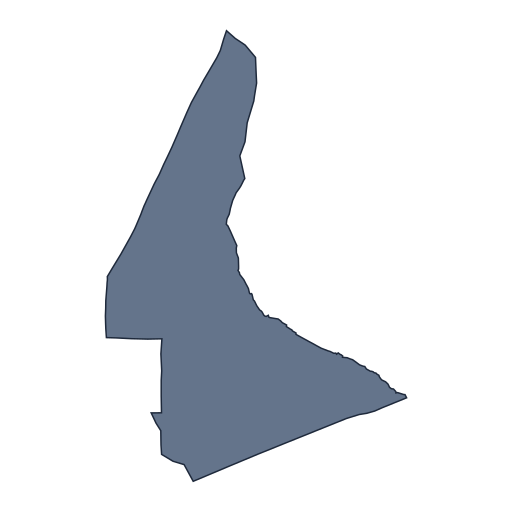 the district of Adenta Municipal, Greater Accra, Ghana
{"feature_id": "2480657B26321648161032", "entity_name": "Adenta Municipal", "entity_type": "district", "adm_level": 2, "iso_a3": "GHA", "parent_name": "Ghana", "parent_adm1": "Greater Accra", "projection": "albers", "projection_center": [-0.12, 5.715], "detail": "fine", "context": "isolated", "style": "filled", "palette": "slate", "viewbox_px": 512, "rotation_deg": 0, "n_neighbors": 0, "source": "geoboundaries", "source_scale": "gbopen_adm2", "svg_char_len": 2552}
<svg xmlns="http://www.w3.org/2000/svg" viewBox="0 0 512 512"><path d="M314.3,344.4L312.1,343.2L308.9,341.5L306.6,340.2L304.9,339.3L301.6,337.5L296.0,334.4L296.0,333.0L292.4,330.9L291.8,329.8L290.5,329.2L286.4,326.6L286.6,325.0L282.2,322.6L281.0,321.2L278.2,319.0L275.1,318.5L269.8,317.6L268.9,317.2L268.3,315.3L266.2,316.4L264.9,316.1L263.9,315.3L262.9,313.5L262.1,312.0L261.0,310.8L259.7,310.0L256.8,305.8L254.5,301.1L253.3,299.8L252.0,294.3L251.5,293.6L250.5,293.9L249.7,293.5L249.2,292.0L248.4,288.5L246.8,285.4L246.3,284.6L243.8,279.7L239.7,274.4L239.4,272.6L238.0,270.5L238.6,269.0L238.6,266.0L238.5,262.4L238.4,258.7L238.3,257.8L236.4,252.8L236.3,248.0L236.8,245.6L234.8,241.2L233.0,237.1L230.5,231.4L227.9,225.9L226.3,224.3L226.8,219.7L227.3,218.2L229.2,214.3L230.0,210.6L230.4,208.4L232.7,200.4L233.7,198.2L235.1,195.2L236.1,192.8L237.7,190.6L239.3,188.4L240.7,186.2L242.1,183.5L243.7,180.2L244.8,178.6L239.8,155.9L245.0,141.8L247.2,122.8L253.8,101.0L254.5,95.9L256.0,86.7L256.6,83.1L256.1,72.4L255.5,57.4L245.2,45.1L235.2,38.4L229.1,33.0L226.5,30.7L223.7,39.0L220.3,50.5L216.8,57.7L208.5,71.9L203.7,80.0L200.2,86.6L197.4,91.6L191.4,102.5L186.9,112.4L180.5,127.2L177.3,134.8L171.9,147.2L169.0,153.4L167.2,157.2L163.8,164.2L159.6,173.7L158.7,175.5L155.5,181.5L154.1,184.2L146.6,200.3L145.6,202.6L144.1,205.8L142.2,210.7L140.8,214.5L136.1,225.6L134.7,228.8L130.5,236.9L120.9,254.1L112.8,267.4L107.3,276.6L107.4,278.0L107.4,279.9L107.1,282.8L107.0,284.7L106.9,286.6L105.8,300.7L105.7,308.2L105.4,316.0L105.6,323.2L105.8,328.5L106.0,331.7L106.4,337.6L116.2,337.9L131.7,338.7L135.7,338.8L136.2,338.8L147.7,339.1L161.9,338.8L160.9,353.9L161.7,370.9L161.2,380.4L161.2,381.8L161.2,393.0L161.2,395.8L161.5,412.8L154.1,412.9L151.2,412.9L156.0,423.1L160.8,430.7L161.0,444.9L161.6,454.4L173.1,461.3L184.1,464.6L193.2,481.3L228.6,466.4L257.8,454.2L259.8,453.4L284.3,443.5L346.4,418.5L359.3,414.5L366.8,413.3L374.8,411.0L382.0,407.8L406.6,397.8L405.2,395.0L405.0,394.6L403.7,394.5L397.6,392.6L395.9,392.9L395.9,391.7L393.5,389.0L391.4,388.7L389.5,387.3L388.4,384.9L387.9,384.0L385.6,381.8L382.5,380.3L381.6,379.8L380.6,378.6L379.5,377.0L379.3,376.7L378.9,375.3L376.9,374.1L376.0,373.1L374.1,372.7L373.3,371.9L371.8,371.3L370.6,371.3L369.3,370.6L366.4,369.0L364.8,366.5L362.8,366.1L359.5,364.8L356.2,362.3L352.6,359.7L350.4,359.0L347.1,357.7L342.5,357.3L342.7,356.0L341.2,354.8L340.0,354.3L338.2,352.9L336.6,354.2L335.8,353.1L333.8,353.3L330.0,351.4L328.2,350.9L321.2,348.2L316.6,345.7L314.3,344.4Z" fill="#64748b" stroke="#1e293b" stroke-width="1.5"/></svg>